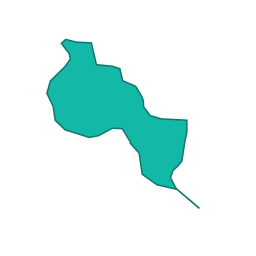 Guro-gu, Seoul, South Korea, rotated 48°
{"feature_id": "91817680B1968034056748", "entity_name": "Guro-gu", "entity_type": "district", "adm_level": 2, "iso_a3": "KOR", "parent_name": "South Korea", "parent_adm1": "Seoul", "projection": "orthographic", "projection_center": [126.865, 37.485], "detail": "fine", "context": "isolated", "style": "filled", "palette": "teal", "viewbox_px": 256, "rotation_deg": 48, "n_neighbors": 0, "source": "geoboundaries", "source_scale": "gbopen_adm2", "svg_char_len": 671}
<svg xmlns="http://www.w3.org/2000/svg" viewBox="0 0 256 256"><g transform="rotate(48 128 128)"><path d="M140.7,136.5L154.2,136.6L171.9,148.4L189.6,144.5L206.3,132.7L235.5,128.8L234.8,128.7L205.3,132.7L193.5,129.8L189.6,122.9L189.6,116.0L188.6,110.1L175.8,94.4L170.9,87.5L161.6,79.0L143.4,97.3L133.5,103.2L122.7,102.2L118.1,98.4L114.2,96.8L102.1,94.4L89.3,100.3L78.5,94.4L71.6,98.3L59.8,109.1L40.2,98.3L29.4,109.1L20.5,115.0L20.5,120.9L33.3,121.9L38.2,124.8L40.2,133.7L41.1,154.3L48.0,165.1L61.8,169.1L73.6,177.0L87.3,176.0L92.3,173.0L109.0,163.2L113.9,155.3L117.8,139.6L124.7,132.7L140.4,135.7L140.7,136.5Z" fill="#14b8a6" stroke="#0f766e" stroke-width="1.5"/></g></svg>